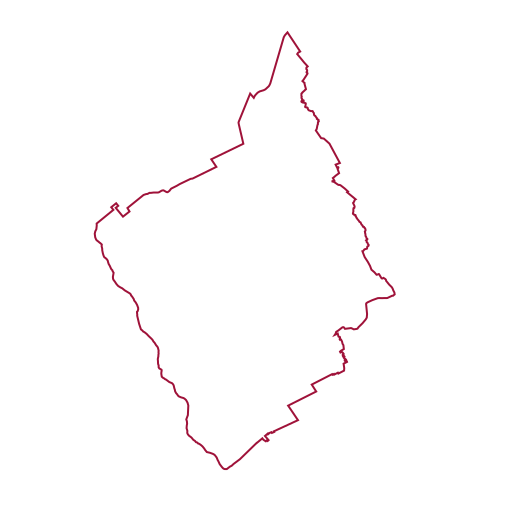 Chacabuco, San Luis, Argentina, rotated 141°
{"feature_id": "61730980B56219468048048", "entity_name": "Chacabuco", "entity_type": "district", "adm_level": 2, "iso_a3": "ARG", "parent_name": "Argentina", "parent_adm1": "San Luis", "projection": "robinson", "projection_center": [-65.4, -32.74], "detail": "fine", "context": "isolated", "style": "outline", "palette": "rose", "viewbox_px": 512, "rotation_deg": 141, "n_neighbors": 0, "source": "geoboundaries", "source_scale": "gbopen_adm2", "svg_char_len": 6154}
<svg xmlns="http://www.w3.org/2000/svg" viewBox="0 0 512 512"><g transform="rotate(141 256 256)"><path d="M412.8,108.8L408.7,108.7L406.9,108.3L404.3,108.5L396.4,108.2L373.4,110.3L373.4,110.2L365.8,110.3L365.9,108.6L365.0,105.8L363.6,105.9L363.4,104.9L362.1,105.0L362.3,110.5L358.8,110.6L358.9,109.9L357.5,109.9L357.5,110.2L354.9,109.4L355.0,108.5L352.6,107.8L352.4,108.5L326.7,102.0L325.2,119.5L294.5,112.8L293.6,121.0L271.2,116.3L271.3,115.6L269.7,115.3L269.9,114.6L265.8,113.8L266.0,112.8L259.7,111.5L258.0,113.3L255.7,117.2L251.9,116.4L251.7,116.9L251.7,117.7L251.9,117.9L252.9,117.9L252.9,118.9L252.1,119.5L251.8,119.1L251.3,119.1L251.4,120.0L251.8,120.7L251.4,121.3L251.5,121.5L251.8,121.6L251.8,121.9L250.5,122.2L250.5,122.8L251.1,122.9L251.4,123.5L250.8,124.1L250.9,124.6L250.3,124.9L249.5,124.8L249.4,126.2L249.6,127.3L251.1,127.8L250.9,128.8L249.8,128.9L246.3,128.4L244.2,131.7L244.0,133.3L243.0,135.3L242.5,137.5L242.6,138.1L243.4,138.1L243.3,138.8L242.4,139.3L241.9,139.9L241.8,140.4L242.5,141.1L242.6,141.5L241.3,144.3L244.4,145.1L242.9,145.6L241.4,146.6L239.0,146.3L233.9,146.2L233.3,146.0L232.8,145.6L232.6,145.0L232.7,143.4L227.5,140.2L226.7,138.7L226.2,137.5L225.9,137.3L223.5,135.9L222.8,135.7L221.1,136.2L215.5,136.7L210.5,137.7L208.7,138.4L206.2,141.0L200.6,149.5L199.7,149.9L198.1,149.7L193.4,148.5L187.9,146.6L186.6,145.7L185.4,144.6L180.4,140.7L175.1,139.4L174.6,138.9L172.4,138.9L171.4,140.6L171.0,142.7L170.3,144.8L170.1,146.4L170.5,149.9L170.5,154.8L170.0,155.7L170.0,156.7L170.7,158.8L172.0,159.0L172.4,159.5L172.4,160.3L171.8,164.4L171.9,164.7L173.7,165.3L174.1,165.6L174.2,168.8L174.9,172.7L173.6,176.6L172.8,181.0L172.2,186.8L170.3,192.7L169.7,192.4L167.5,192.9L165.2,191.9L164.7,192.2L163.7,193.2L163.3,193.3L162.3,193.1L162.0,193.2L161.6,193.6L161.4,193.9L161.5,195.0L161.0,196.2L161.2,197.2L160.6,198.1L160.6,198.9L159.4,198.8L158.8,199.0L158.7,199.2L158.9,200.3L158.3,201.8L158.3,202.6L157.1,204.3L156.7,205.4L156.1,206.0L156.0,206.5L154.7,207.0L154.0,208.1L154.0,209.0L153.8,209.2L154.0,210.1L153.8,210.6L154.4,211.3L154.3,211.6L154.3,212.1L154.0,212.5L154.2,214.1L153.6,216.4L154.1,217.3L153.9,218.9L154.0,220.9L153.8,221.5L153.9,222.2L153.7,222.6L153.6,224.1L153.3,224.2L153.3,224.8L153.0,225.3L153.8,226.2L153.7,226.8L154.1,227.6L153.9,228.1L152.0,229.6L151.4,230.6L150.8,231.1L150.2,231.8L149.8,231.8L149.6,231.5L149.3,231.5L148.3,232.3L147.9,233.2L147.2,236.1L145.6,236.5L144.5,237.2L143.4,237.5L142.9,237.4L145.1,248.2L143.9,248.2L144.6,252.7L145.8,257.8L146.2,258.5L147.1,259.3L147.4,259.9L148.8,264.6L150.2,266.4L147.7,265.3L147.2,268.2L144.6,268.2L143.8,268.3L139.3,268.1L137.8,272.3L136.7,272.6L136.5,273.0L136.2,273.1L136.2,273.3L137.3,273.9L136.6,276.9L132.3,275.5L128.2,297.1L129.4,304.6L131.2,306.6L130.5,315.9L128.9,316.5L125.8,319.1L125.0,319.4L124.4,320.2L123.8,320.5L123.7,320.9L123.1,321.1L122.9,321.4L122.5,321.3L122.3,322.1L121.8,322.2L121.7,322.6L122.4,324.0L122.4,324.3L122.0,324.5L121.9,324.8L121.9,327.2L121.7,327.6L122.1,328.4L122.1,328.9L122.0,329.3L121.1,330.6L121.1,331.7L120.8,332.8L120.9,333.1L122.1,334.0L123.3,336.1L123.3,337.0L123.1,337.8L122.7,338.3L122.7,338.8L122.9,339.4L123.5,339.8L123.7,340.4L124.0,340.9L123.9,341.1L123.3,341.4L121.8,342.7L121.3,343.3L121.6,344.1L123.2,346.0L123.6,347.0L123.6,347.3L123.3,347.7L122.9,347.7L122.6,347.5L122.3,346.9L122.2,346.2L121.7,346.2L121.3,346.5L121.1,347.1L121.5,347.7L121.8,348.5L121.3,349.1L121.3,349.9L121.0,350.3L120.8,350.7L120.2,351.0L120.0,351.8L118.5,353.6L117.9,353.6L117.3,353.9L116.8,353.8L116.1,354.0L114.4,354.0L113.5,354.2L113.0,354.1L112.5,354.2L112.2,354.2L109.7,359.8L109.4,359.9L109.8,362.7L108.3,363.0L101.2,365.3L100.9,365.9L101.2,366.5L101.1,367.0L100.6,367.3L100.0,367.4L99.6,367.8L99.2,368.7L99.2,369.7L98.2,370.7L96.5,370.8L96.8,375.9L96.9,387.0L95.3,387.5L93.0,387.1L90.8,410.0L94.8,409.3L96.8,408.5L136.2,381.2L137.8,380.4L139.2,379.9L143.8,379.6L145.7,380.0L149.6,381.6L152.0,381.9L155.0,381.5L156.5,381.1L158.2,380.3L158.3,385.9L184.9,371.2L185.7,370.6L186.6,368.9L195.2,351.2L229.9,359.3L230.7,350.2L256.6,356.1L258.2,357.1L270.0,359.9L273.4,360.4L279.3,361.7L279.8,361.7L282.3,361.1L284.5,361.2L285.3,362.0L286.5,365.1L286.9,365.5L287.8,366.0L288.5,366.2L291.3,366.6L292.4,367.1L295.7,369.8L298.1,371.3L299.0,372.1L301.2,372.5L302.5,373.3L305.0,374.2L325.7,374.2L326.3,370.2L334.6,370.3L334.7,381.7L331.5,381.7L331.5,385.0L337.8,385.0L337.8,381.6L359.4,381.5L360.6,379.9L363.2,377.3L365.4,376.3L367.3,374.8L369.2,371.7L369.9,369.4L369.9,368.4L369.4,366.3L369.1,364.6L368.9,364.1L368.6,362.0L369.8,360.8L370.9,358.5L371.9,357.2L373.3,354.5L374.2,352.3L374.6,350.9L374.6,350.1L374.2,349.3L374.2,348.4L374.0,347.8L374.1,345.8L374.7,344.6L375.5,342.6L375.8,340.5L376.7,337.1L376.6,335.3L377.0,334.3L377.2,332.6L380.4,329.8L381.5,328.1L381.8,326.8L381.8,325.2L382.1,322.0L382.0,319.5L381.2,317.1L380.3,315.1L379.6,311.8L377.6,306.3L377.5,305.0L377.9,303.9L377.8,302.6L378.1,299.5L378.7,298.1L378.7,295.7L379.2,292.8L380.2,289.9L381.2,288.6L382.9,287.5L383.6,287.5L384.3,286.6L385.3,285.0L385.9,284.4L389.5,276.9L391.6,271.4L391.2,269.6L391.2,268.3L390.6,266.9L390.0,264.2L389.8,261.3L389.3,257.6L389.2,256.0L389.5,254.1L389.4,252.4L389.8,249.4L389.7,247.6L390.0,246.3L391.2,243.8L392.4,242.5L393.2,241.3L394.0,240.7L394.9,239.6L397.2,237.7L398.5,235.8L399.7,234.2L400.3,233.1L400.4,232.4L401.7,230.8L401.9,229.5L401.0,227.1L401.5,226.2L402.5,225.4L403.7,224.1L405.2,221.5L404.9,219.7L404.4,218.7L404.2,217.5L403.7,216.6L402.7,212.6L401.3,210.0L401.2,208.5L401.4,207.3L402.8,204.4L403.3,203.0L403.9,202.0L404.1,201.3L404.4,199.6L404.3,198.0L404.5,196.7L404.3,195.4L403.2,193.3L401.7,191.2L401.3,190.0L401.0,188.1L401.5,185.1L402.7,182.4L409.1,175.2L413.0,172.9L413.7,171.1L415.1,169.0L416.4,167.9L418.3,165.9L419.4,163.3L420.8,161.7L421.2,160.2L421.1,158.1L420.7,156.9L420.4,155.4L420.4,152.6L419.8,150.7L419.8,149.1L419.0,147.9L419.0,146.7L418.3,145.7L417.7,143.5L417.4,141.6L417.4,138.8L417.6,137.5L417.6,134.6L415.6,132.0L414.1,129.5L413.6,128.4L413.3,127.0L413.4,124.1L414.2,121.5L414.4,120.2L415.2,117.1L415.3,113.4L415.2,111.8L414.7,110.4L412.8,108.8Z" fill="none" stroke="#9f1239" stroke-width="2"/></g></svg>